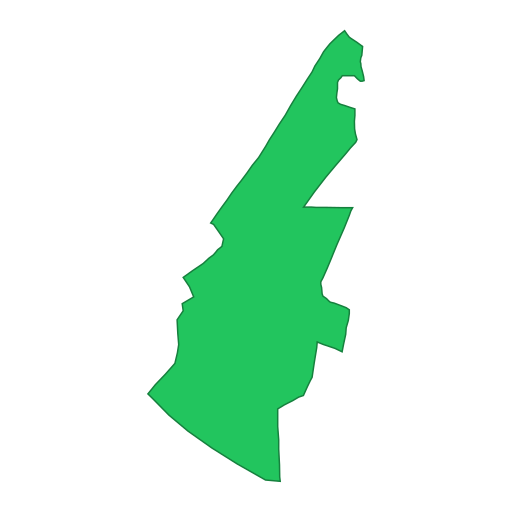 outline of Al-Khidhir, Al-Muthannia, Iraq
{"feature_id": "34846034B6386295193387", "entity_name": "Al-Khidhir", "entity_type": "district", "adm_level": 2, "iso_a3": "IRQ", "parent_name": "Iraq", "parent_adm1": "Al-Muthannia", "projection": "robinson", "projection_center": [45.705, 31.261], "detail": "fine", "context": "isolated", "style": "filled", "palette": "green", "viewbox_px": 512, "rotation_deg": 0, "n_neighbors": 0, "source": "geoboundaries", "source_scale": "gbopen_adm2", "svg_char_len": 2035}
<svg xmlns="http://www.w3.org/2000/svg" viewBox="0 0 512 512"><path d="M329.9,43.8L325.0,49.9L323.5,51.9L319.9,58.4L314.9,66.0L312.1,71.9L307.3,79.2L302.1,87.4L296.4,96.1L290.7,105.5L285.2,115.3L279.5,123.8L274.3,132.2L269.5,139.6L265.7,146.3L258.6,157.6L252.4,165.2L247.1,172.8L241.2,180.7L236.9,186.1L231.7,193.1L226.9,200.2L222.1,206.7L217.1,213.7L211.9,221.3L210.7,223.0L213.6,224.4L218.6,231.5L223.6,238.8L221.9,246.4L217.6,249.8L215.9,252.0L213.4,254.9L208.9,258.2L203.2,263.5L192.7,270.6L183.2,277.4L189.5,286.8L193.7,296.9L182.2,303.7L183.2,310.8L177.1,319.8L177.8,333.4L178.7,344.6L177.4,352.9L174.9,363.4L165.3,374.3L155.5,384.5L148.8,392.8L147.9,393.9L152.6,398.5L169.0,415.2L188.1,431.2L211.9,448.0L237.3,464.0L265.5,480.0L280.2,481.3L279.7,477.0L279.5,464.9L278.7,449.1L278.7,439.9L277.7,426.6L277.7,416.2L277.7,408.9L284.1,405.0L288.0,403.0L292.6,400.7L298.7,397.1L303.4,395.5L307.5,386.4L310.3,380.6L312.1,377.3L314.2,363.0L316.7,347.8L317.2,342.0L323.4,344.5L335.0,348.4L342.1,351.8L343.7,343.6L345.7,334.4L346.2,327.7L348.3,320.5L349.3,313.5L349.3,309.8L346.2,307.7L342.4,306.2L334.2,303.1L330.3,302.2L328.5,300.7L326.5,298.6L322.9,296.1L322.1,293.7L321.6,287.6L320.8,284.3L320.8,281.8L322.9,277.9L327.2,268.2L331.3,258.4L333.1,253.9L337.0,244.4L344.2,228.0L349.3,215.3L350.8,211.0L352.6,207.7L342.4,207.7L324.7,207.4L315.9,207.4L311.6,207.1L308.2,207.1L304.4,207.1L303.6,207.1L309.0,199.5L314.4,191.9L325.7,177.3L334.9,166.3L346.4,152.9L350.3,148.1L355.7,142.3L357.0,139.6L355.4,133.8L354.6,128.9L354.4,121.3L354.9,115.5L354.9,111.3L354.9,108.9L349.8,107.3L344.6,105.5L340.5,104.3L338.0,102.8L337.2,100.9L336.4,97.6L336.9,92.7L337.5,88.8L337.5,84.8L337.5,82.4L338.5,80.0L340.8,77.8L342.3,75.7L346.7,75.7L351.0,75.7L354.4,75.7L357.4,78.8L359.2,80.3L360.3,81.2L362.1,81.2L364.1,80.6L363.6,76.6L362.3,71.2L361.0,66.6L360.8,63.6L360.3,61.7L360.8,57.8L361.8,55.3L362.6,46.5L356.9,42.3L350.8,38.3L349.2,37.1L346.7,33.8L344.6,30.7L338.7,35.3L333.9,39.9L329.9,43.8Z" fill="#22c55e" stroke="#15803d" stroke-width="1.5"/></svg>